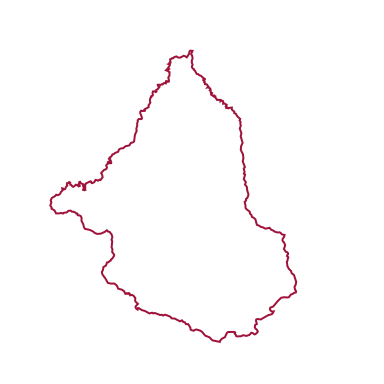 outline of Abejorral, Antioquia, Colombia, rotated 289°
{"feature_id": "7082276B70847845969134", "entity_name": "Abejorral", "entity_type": "district", "adm_level": 2, "iso_a3": "COL", "parent_name": "Colombia", "parent_adm1": "Antioquia", "projection": "mercator", "projection_center": [-75.413, 5.805], "detail": "fine", "context": "isolated", "style": "outline", "palette": "rose", "viewbox_px": 384, "rotation_deg": 289, "n_neighbors": 0, "source": "geoboundaries", "source_scale": "gbopen_adm2", "svg_char_len": 5985}
<svg xmlns="http://www.w3.org/2000/svg" viewBox="0 0 384 384"><g transform="rotate(289 192 192)"><path d="M59.3,267.1L60.6,267.0L63.1,268.1L65.5,270.4L70.2,270.9L71.4,271.8L73.3,277.0L73.4,278.3L73.1,278.7L72.0,278.4L71.2,279.9L70.2,280.6L70.1,281.6L71.6,285.3L73.2,286.9L73.7,290.4L75.6,292.8L78.2,293.9L78.5,295.0L77.7,297.4L78.2,298.2L80.6,299.6L81.6,299.6L83.1,297.8L83.5,296.4L84.7,295.3L86.9,295.0L88.3,296.3L91.3,294.3L92.3,294.2L93.2,295.2L93.9,298.5L100.5,304.3L102.4,307.2L104.0,307.9L105.7,308.1L105.0,306.5L105.5,304.8L106.5,303.8L108.1,303.7L110.2,306.1L116.6,308.5L121.0,310.7L122.4,313.1L123.4,316.7L124.0,317.8L127.3,318.9L128.3,320.3L129.9,321.3L130.8,322.9L132.1,322.7L133.4,321.1L135.6,319.8L138.1,320.2L140.9,319.8L146.8,315.4L147.6,312.7L149.5,311.4L150.8,308.7L152.9,306.4L156.9,304.4L158.6,304.6L160.5,304.2L161.2,304.5L161.8,304.1L162.4,302.6L163.4,302.6L164.4,303.1L165.3,302.8L166.0,301.9L166.0,300.2L168.0,297.5L172.1,297.4L174.2,295.5L174.9,294.1L175.7,293.3L177.1,293.0L179.9,293.7L181.5,293.5L181.2,290.8L182.2,289.1L182.4,288.0L181.6,286.1L181.4,283.5L182.0,281.1L182.1,279.2L183.4,276.9L181.6,274.1L181.2,272.9L181.7,270.5L181.4,268.5L182.0,266.5L182.1,264.0L186.9,260.8L187.8,258.3L188.0,256.7L189.5,255.8L190.6,253.7L192.2,253.0L193.5,249.0L194.6,247.7L196.8,246.9L199.7,245.0L201.6,245.9L202.9,245.3L204.2,246.1L206.4,246.4L208.2,246.1L211.5,243.7L214.8,242.1L216.3,239.7L218.8,239.7L221.0,236.8L225.8,236.5L226.2,235.1L228.1,235.2L231.0,233.3L232.8,233.9L237.5,230.0L240.7,229.6L244.1,228.0L247.7,224.4L251.4,223.5L254.9,223.9L260.5,219.9L263.6,219.6L267.6,216.5L270.8,216.5L272.0,215.6L274.2,215.0L275.1,213.7L276.8,213.8L278.2,210.3L280.3,207.9L280.4,206.2L281.8,205.8L282.5,203.6L283.3,202.6L284.8,202.2L282.8,198.1L282.6,196.9L283.6,196.6L283.4,197.5L284.1,196.9L284.2,196.0L285.7,196.4L286.3,193.9L285.6,192.7L287.7,192.0L288.1,191.6L288.1,190.2L287.0,189.4L288.4,188.9L287.6,187.1L287.7,186.3L287.2,185.7L288.8,183.6L289.9,183.0L289.2,182.2L289.3,181.8L290.2,181.8L290.5,181.4L289.7,180.3L290.3,178.3L290.9,178.1L291.5,178.8L292.1,178.8L292.4,177.2L293.8,176.7L294.0,175.8L295.0,176.2L295.8,175.5L295.8,174.5L296.6,173.7L295.9,172.6L296.9,172.9L297.4,172.6L298.6,170.9L298.2,169.1L299.6,168.4L299.7,167.9L300.6,168.0L301.4,166.2L302.0,166.2L302.7,167.5L303.1,167.4L303.7,164.9L304.8,162.7L304.8,160.7L305.4,159.7L305.2,158.0L307.7,155.2L308.1,154.1L308.8,153.8L309.0,152.5L309.9,151.4L310.8,151.0L312.4,151.2L314.3,149.7L316.3,149.0L318.3,149.1L319.7,148.5L321.1,147.6L322.0,146.3L325.6,146.5L325.1,144.4L324.2,143.9L321.5,144.2L317.6,143.2L318.1,141.5L318.1,139.8L315.2,137.1L314.6,134.8L315.1,133.1L313.8,131.3L312.4,130.7L312.1,129.6L311.4,129.4L310.3,128.1L307.7,129.4L307.6,128.8L306.6,128.6L306.1,129.2L305.4,128.4L305.4,129.4L304.7,129.8L300.8,128.8L301.2,129.8L300.9,130.4L300.2,129.9L299.9,128.4L298.6,127.8L298.6,130.2L298.0,131.1L298.0,131.8L294.5,132.8L292.6,132.3L289.8,134.0L288.8,134.1L288.2,133.0L288.7,132.2L288.4,131.4L286.2,131.9L286.2,130.4L285.2,129.5L284.1,129.2L284.1,128.4L282.8,127.2L282.8,126.0L282.2,124.8L280.8,125.8L280.6,127.0L277.7,125.9L277.0,125.0L275.3,125.7L274.6,125.0L275.1,123.9L274.3,122.3L272.6,122.5L270.9,123.5L270.4,123.5L269.1,122.1L268.3,122.6L267.5,122.1L265.2,122.2L262.9,123.5L259.8,122.7L258.1,123.4L254.7,120.2L253.8,120.0L253.9,120.9L253.4,121.0L252.4,118.7L252.3,117.4L251.0,117.0L249.7,117.4L246.5,120.1L245.2,120.7L244.5,120.5L243.7,118.0L242.2,117.3L240.6,117.8L238.9,117.8L237.4,118.5L233.6,118.8L231.7,119.8L227.5,119.4L221.0,120.8L219.9,120.2L218.3,118.1L215.7,117.6L213.5,114.1L211.0,112.7L210.3,111.0L209.1,109.6L208.2,109.1L206.1,109.1L203.8,106.5L202.5,105.8L201.6,104.5L199.4,104.2L197.9,103.0L197.3,103.5L196.3,102.7L195.5,103.8L195.4,104.9L194.5,105.1L193.6,106.1L193.0,106.2L192.5,105.1L193.5,103.4L192.8,102.7L191.7,103.5L190.4,102.5L189.1,102.2L187.6,103.6L186.3,103.6L185.4,103.1L184.3,101.7L180.8,100.0L180.1,100.1L179.3,101.3L176.8,102.7L173.9,101.7L173.5,101.5L173.7,100.8L172.0,99.4L172.3,98.1L172.0,96.8L169.5,96.4L167.8,94.7L167.8,94.1L169.1,93.0L169.1,92.6L165.7,89.0L164.1,88.7L160.8,89.8L160.0,89.7L159.2,90.5L158.7,89.9L158.6,88.3L160.9,88.3L162.2,87.0L163.9,87.0L164.0,84.3L165.2,82.8L164.6,82.2L163.3,82.5L161.8,82.0L161.7,83.6L161.1,83.9L160.4,82.9L160.9,82.1L161.1,79.8L158.7,78.5L158.2,77.9L158.4,76.9L159.3,75.7L159.3,74.5L161.2,73.8L161.4,72.6L160.0,72.1L159.7,71.0L158.0,71.4L157.4,72.0L156.1,71.3L153.3,71.0L152.7,69.9L153.3,69.1L153.2,68.1L151.5,69.1L149.4,68.1L147.4,67.9L145.8,66.8L145.1,65.5L145.2,64.5L143.6,63.9L140.7,61.4L138.1,61.1L136.5,62.4L133.1,62.4L131.8,64.2L130.5,64.6L129.8,68.0L127.5,70.5L128.6,73.5L129.6,74.9L129.6,77.0L130.5,77.4L132.0,80.3L133.9,81.2L134.9,83.3L134.3,85.0L134.8,86.5L134.6,88.4L134.0,89.4L134.3,90.5L134.1,90.9L133.1,91.2L132.9,92.1L133.3,93.4L132.8,95.0L131.4,96.1L128.7,96.9L126.1,99.7L123.6,101.2L122.3,102.8L122.9,107.7L122.4,111.7L121.6,113.3L121.5,115.9L122.9,119.3L126.1,122.7L128.0,123.8L128.0,124.4L127.3,125.3L127.4,127.2L125.6,129.9L123.4,131.4L120.5,131.5L119.5,132.6L113.5,134.0L112.0,135.4L109.2,136.1L107.4,138.8L106.5,139.1L103.3,138.4L101.8,137.4L100.8,137.5L100.0,136.7L98.2,135.7L97.8,134.6L94.5,134.6L92.2,132.7L88.9,133.2L87.3,132.8L85.9,133.4L84.5,134.6L82.3,137.9L78.7,142.0L78.9,144.7L80.2,148.6L78.8,151.7L76.6,153.6L76.8,157.6L76.0,160.2L74.1,162.0L74.1,162.7L75.2,163.3L74.8,164.7L75.7,165.0L75.9,165.5L75.6,166.2L74.2,167.1L75.2,168.9L74.8,170.6L73.3,172.9L71.0,173.5L70.0,174.2L68.6,177.3L65.4,175.9L64.2,176.4L63.5,177.4L63.1,178.8L64.6,178.7L64.9,179.5L64.0,183.0L64.2,186.2L63.3,191.2L64.9,193.6L64.6,194.9L65.3,195.8L65.5,197.2L65.3,201.9L66.1,203.4L65.8,205.0L66.9,206.0L67.3,207.1L67.0,212.2L65.9,213.8L66.7,216.9L65.8,222.7L67.4,224.3L67.2,224.9L66.4,225.5L66.4,227.8L65.1,229.3L65.8,231.5L63.1,234.7L61.6,235.4L61.2,236.1L61.4,238.8L62.8,239.9L63.4,240.9L63.6,245.0L62.9,247.3L60.5,251.2L60.3,255.8L58.4,259.6L59.3,267.1Z" fill="none" stroke="#9f1239" stroke-width="2"/></g></svg>